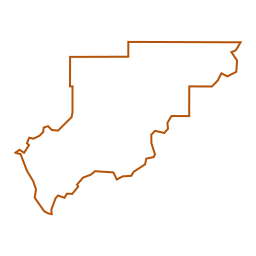 Deer Lodge, Montana, United States of America (Mercator projection)
{"feature_id": "52423323B11224737758851", "entity_name": "Deer Lodge", "entity_type": "district", "adm_level": 2, "iso_a3": "USA", "parent_name": "United States of America", "parent_adm1": "Montana", "projection": "mercator", "projection_center": [-113.129, 46.012], "detail": "fine", "context": "isolated", "style": "outline", "palette": "amber", "viewbox_px": 256, "rotation_deg": 0, "n_neighbors": 0, "source": "geoboundaries", "source_scale": "gbopen_adm2", "svg_char_len": 902}
<svg xmlns="http://www.w3.org/2000/svg" viewBox="0 0 256 256"><path d="M116.8,179.5L122.6,176.4L131.3,175.8L133.6,171.8L145.1,164.3L146.3,158.6L153.6,157.1L155.0,154.5L151.4,143.1L151.3,134.7L155.1,130.8L164.2,133.0L168.0,128.8L167.4,122.9L171.5,116.0L189.2,116.1L189.2,109.6L189.3,86.4L211.9,86.5L217.7,80.6L221.4,73.3L227.3,76.4L236.3,71.8L237.1,60.6L231.4,52.1L235.7,50.4L240.6,42.3L128.3,41.9L128.3,56.7L70.1,56.9L70.0,86.4L72.5,86.4L72.5,112.3L71.6,117.1L58.0,130.6L51.8,130.0L48.0,126.1L43.7,127.6L43.1,132.2L39.4,135.8L33.4,138.7L29.3,137.7L26.9,143.2L29.0,145.1L24.1,152.8L19.5,149.8L15.4,152.7L15.7,153.1L20.5,154.0L27.0,170.9L33.2,181.1L36.0,189.4L34.7,197.7L44.1,211.2L48.2,213.4L51.7,214.1L51.3,209.7L55.6,198.2L58.0,195.5L64.5,197.8L66.9,193.7L72.2,193.9L78.2,186.6L77.0,184.6L83.2,177.5L90.7,174.8L95.0,171.2L113.4,172.4L116.8,179.5Z" fill="none" stroke="#b45309" stroke-width="2"/></svg>